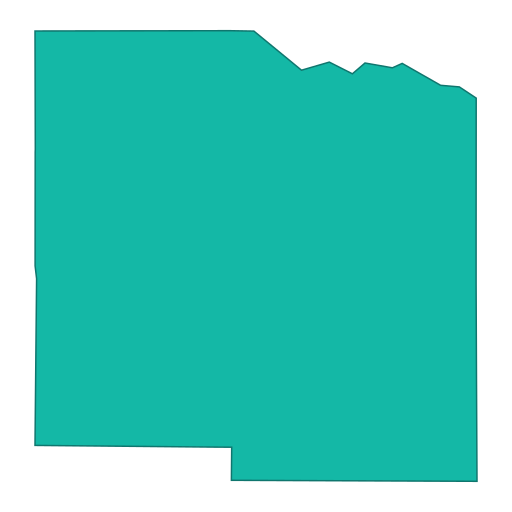 Lafayette, Mississippi, United States of America
{"feature_id": "52423323B80507694011137", "entity_name": "Lafayette", "entity_type": "district", "adm_level": 2, "iso_a3": "USA", "parent_name": "United States of America", "parent_adm1": "Mississippi", "projection": "natural_earth1", "projection_center": [-89.454, 34.358], "detail": "fine", "context": "isolated", "style": "filled", "palette": "teal", "viewbox_px": 512, "rotation_deg": 0, "n_neighbors": 0, "source": "geoboundaries", "source_scale": "gbopen_adm2", "svg_char_len": 424}
<svg xmlns="http://www.w3.org/2000/svg" viewBox="0 0 512 512"><path d="M476.1,231.4L476.2,98.1L459.3,86.9L440.6,85.3L402.2,63.4L392.4,67.8L365.0,63.0L352.4,73.8L329.3,62.1L301.5,70.2L253.9,31.1L230.3,30.7L84.1,30.9L35.0,31.0L35.3,149.3L35.2,152.0L35.1,265.9L36.6,278.7L35.0,445.4L215.5,447.1L231.7,447.2L231.4,480.3L477.0,481.3L476.5,381.1L476.1,283.5L476.1,231.4Z" fill="#14b8a6" stroke="#0f766e" stroke-width="1.5"/></svg>